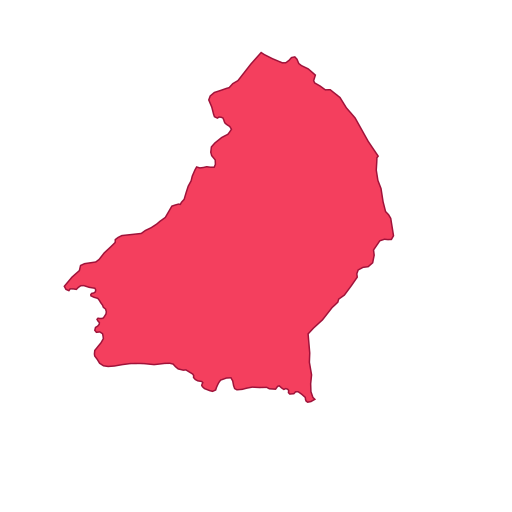 Canelones, Canelones, Uruguay (Mercator projection), rotated 218°
{"feature_id": "84410073B2081197170213", "entity_name": "Canelones", "entity_type": "district", "adm_level": 2, "iso_a3": "URY", "parent_name": "Uruguay", "parent_adm1": "Canelones", "projection": "mercator", "projection_center": [-56.237, -34.531], "detail": "fine", "context": "isolated", "style": "filled", "palette": "rose", "viewbox_px": 512, "rotation_deg": 218, "n_neighbors": 0, "source": "geoboundaries", "source_scale": "gbopen_adm2", "svg_char_len": 3142}
<svg xmlns="http://www.w3.org/2000/svg" viewBox="0 0 512 512"><g transform="rotate(218 256 256)"><path d="M221.2,409.9L238.2,415.4L248.4,419.7L262.9,425.8L276.1,428.4L287.4,432.6L299.9,432.7L303.7,429.6L310.2,429.4L316.3,428.5L318.5,429.6L320.6,435.1L330.0,435.6L337.4,434.0L340.8,434.0L344.9,436.3L348.0,436.8L350.2,434.2L350.4,430.6L351.5,426.6L354.2,424.4L364.5,421.6L373.6,419.8L377.2,419.5L378.2,404.2L378.2,383.1L380.4,377.5L380.8,372.1L382.4,370.0L386.0,364.4L389.5,359.2L390.6,353.9L389.3,349.9L382.5,346.1L379.4,343.7L376.7,341.6L374.5,340.2L371.3,340.9L370.7,342.7L368.9,343.9L367.0,344.4L365.0,343.3L363.6,342.3L362.0,341.6L359.7,341.6L356.5,341.9L353.4,340.8L353.1,337.3L353.1,334.5L354.6,331.3L356.0,328.2L358.0,319.7L358.3,314.5L355.5,309.9L352.7,307.8L347.3,306.6L344.4,303.2L343.6,300.2L346.7,297.8L349.8,296.0L352.0,293.3L354.5,290.8L357.6,289.6L357.1,286.3L355.4,279.7L353.4,275.3L352.4,269.3L350.1,263.0L347.5,256.4L347.8,252.3L347.4,250.1L349.0,249.2L351.3,246.1L353.0,243.5L352.1,237.1L351.2,230.5L353.0,224.4L353.9,220.0L356.1,213.6L358.9,208.0L360.3,203.1L374.3,189.5L376.1,185.7L377.0,182.3L375.3,180.0L376.1,173.8L377.5,165.0L377.5,156.7L378.6,152.6L386.4,144.4L388.4,140.5L386.2,135.8L388.0,126.0L388.4,114.1L385.2,112.7L382.1,113.5L382.2,115.7L379.7,117.6L377.0,119.1L376.7,121.8L375.8,124.7L373.4,126.7L368.2,128.6L363.1,131.4L361.4,130.6L360.5,128.8L361.1,126.9L362.4,125.5L362.5,124.0L361.6,123.0L358.4,123.7L354.6,125.2L352.1,124.6L349.6,123.6L346.7,122.8L344.7,121.6L341.9,121.6L339.6,119.9L338.5,117.9L338.1,113.3L338.9,112.0L340.6,110.6L342.2,109.7L342.3,108.2L340.3,107.4L338.4,107.1L337.5,105.7L337.6,103.2L338.5,100.9L337.3,98.2L334.8,97.6L332.4,100.0L329.1,100.3L327.3,98.8L325.4,96.9L324.7,92.3L324.8,88.2L324.9,82.3L323.0,79.3L321.5,77.9L317.1,76.7L313.2,75.2L308.6,75.6L304.5,77.9L299.8,82.2L294.5,88.1L288.9,93.8L281.4,99.8L277.5,102.6L269.4,107.7L261.8,115.2L257.9,118.4L254.8,119.8L251.3,119.2L247.8,119.1L243.0,121.3L241.1,123.1L237.6,123.5L233.2,124.0L231.5,123.4L230.4,121.8L227.8,121.3L225.0,121.8L221.5,123.7L219.9,123.4L219.6,121.7L219.0,120.5L217.5,120.0L215.0,119.8L209.6,121.4L206.9,122.6L205.3,125.6L206.2,128.0L206.9,130.7L207.4,133.3L207.5,136.4L204.2,141.6L200.8,144.6L197.4,143.2L193.9,140.1L191.2,138.4L188.7,138.8L184.8,142.4L181.9,146.2L178.2,150.4L172.3,154.5L166.7,159.1L163.7,159.6L158.6,163.1L158.7,166.6L157.8,168.0L154.3,167.8L151.9,168.0L150.9,169.9L149.0,170.5L147.5,170.2L146.3,168.3L144.4,168.0L141.4,170.8L141.2,173.4L139.2,175.0L134.8,175.2L130.1,174.9L128.5,173.3L127.1,172.5L125.3,172.6L123.1,175.1L121.4,179.3L124.1,179.6L129.2,182.9L134.3,189.0L139.0,196.5L148.5,205.1L153.9,212.6L163.2,222.6L167.0,226.7L166.3,234.8L164.3,246.6L164.3,262.3L163.6,266.5L163.1,270.0L164.3,272.9L162.3,279.6L162.6,291.4L163.2,301.7L165.6,304.0L166.9,307.9L164.7,312.9L161.0,316.7L159.9,322.5L163.4,329.4L167.1,333.1L167.8,344.2L165.1,348.3L162.2,350.1L159.5,352.4L160.1,356.6L164.6,360.8L173.0,368.6L176.8,370.1L181.3,370.8L189.3,377.0L199.0,386.1L206.5,390.6L214.1,397.7L218.5,404.1L220.0,406.2L221.2,407.8L221.2,409.9Z" fill="#f43f5e" stroke="#9f1239" stroke-width="1.5"/></g></svg>